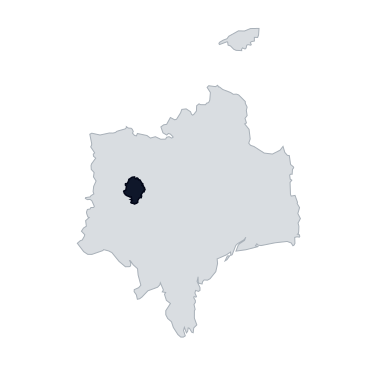 Aube highlighted on a map of France, rotated 247°
{"feature_id": "FRA-5270", "entity_name": "Aube", "entity_type": "Metropolitan department", "adm_level": 1, "iso_a3": "FRA", "parent_name": "France", "parent_adm1": "", "projection": "albers", "projection_center": [4.051, 48.317], "detail": "fine", "context": "in_parent", "style": "filled", "palette": "ink", "viewbox_px": 384, "rotation_deg": 247, "n_neighbors": 0, "source": "natural_earth", "source_scale": "10m", "svg_char_len": 5939}
<svg xmlns="http://www.w3.org/2000/svg" viewBox="0 0 384 384"><g transform="rotate(247 192 192)"><path d="M277.8,157.1L275.7,158.4L274.5,160.8L273.2,161.5L270.7,161.6L269.4,160.2L266.5,161.2L265.4,162.8L267.2,164.6L261.6,172.6L257.9,174.8L257.2,179.9L252.8,183.8L251.2,187.8L251.1,188.6L252.3,189.9L251.9,192.5L249.6,194.3L249.7,195.9L250.3,196.1L253.8,194.7L255.1,193.1L254.3,191.0L257.8,188.4L264.1,188.8L264.9,192.2L264.2,195.1L269.0,201.2L265.2,204.3L265.0,206.2L269.3,212.4L272.0,214.9L270.8,219.1L266.5,222.0L263.7,221.9L262.5,222.6L262.7,223.9L264.8,227.7L269.6,230.0L270.4,232.9L269.1,233.9L267.1,238.4L268.1,240.5L267.8,241.5L268.3,242.9L269.7,244.3L276.4,247.8L282.4,246.8L283.3,248.9L279.8,254.8L280.2,257.3L278.3,257.5L278.0,258.3L274.3,260.4L268.5,266.4L265.8,268.2L264.7,271.2L263.1,272.9L254.5,276.4L252.8,275.7L248.6,275.9L245.9,273.9L240.8,272.6L239.1,269.6L234.3,269.1L234.1,267.1L227.4,269.0L218.1,266.3L214.8,263.3L212.1,264.1L209.7,266.8L199.6,273.7L195.5,280.9L196.1,289.4L198.4,293.6L192.2,292.9L188.5,294.1L187.5,295.8L178.8,293.5L175.5,295.2L174.6,295.1L173.5,293.3L169.2,291.1L169.9,289.8L169.4,288.5L165.4,287.4L163.9,288.5L162.5,286.0L151.3,281.7L149.5,281.7L148.6,285.5L141.3,285.1L140.3,284.3L135.6,284.9L130.8,281.0L125.2,281.4L122.0,277.5L118.7,277.0L114.2,274.9L112.2,273.7L112.0,272.6L110.5,274.2L108.8,273.7L108.5,273.2L109.7,271.2L110.1,268.8L104.5,266.7L103.1,264.9L103.1,263.9L106.3,263.4L109.3,260.3L112.8,248.6L115.7,234.6L117.2,232.1L119.0,231.4L117.7,229.4L115.9,231.8L117.8,219.0L120.4,209.4L124.9,213.7L125.8,215.5L126.9,221.4L129.4,223.9L127.8,221.5L126.6,213.7L125.7,211.4L118.6,204.5L118.5,203.0L121.7,204.0L120.7,199.1L120.6,189.0L116.2,187.6L109.4,182.8L105.1,174.7L104.8,171.8L106.3,168.8L105.4,166.8L103.4,165.3L105.2,162.8L106.7,162.6L111.6,164.5L107.7,161.7L100.9,162.0L98.3,160.9L98.0,159.1L100.0,156.9L97.9,155.2L94.1,155.3L93.7,154.6L94.9,153.0L94.0,152.3L90.9,152.7L89.1,152.0L87.7,149.9L82.7,149.0L81.7,147.8L75.0,144.9L67.8,144.5L66.2,140.5L62.0,138.1L63.0,137.0L67.5,136.4L68.4,135.4L65.4,133.5L64.5,131.8L70.4,132.1L67.9,130.1L62.2,129.6L61.8,127.3L62.8,125.0L66.3,123.3L74.6,121.9L80.6,122.4L85.0,120.2L89.2,119.9L93.0,121.5L97.8,128.6L102.3,126.1L108.6,126.7L109.8,128.5L111.7,125.6L113.0,127.4L120.8,127.4L119.1,126.1L117.8,123.2L118.3,112.8L114.9,105.0L114.2,102.1L114.6,99.8L119.1,100.6L122.9,99.8L124.7,100.7L124.8,105.6L126.2,108.5L136.7,110.0L142.7,111.9L148.0,109.4L152.8,108.4L153.2,107.8L150.5,107.9L148.0,106.6L147.7,105.3L149.2,101.5L156.7,97.7L167.5,94.6L170.3,92.3L173.5,88.1L172.9,87.0L173.7,75.4L175.4,71.6L179.4,69.0L189.6,66.4L190.8,70.1L190.7,72.2L193.3,75.6L194.6,76.6L199.1,74.9L201.2,78.0L201.8,81.4L207.2,82.9L208.7,87.4L209.7,86.4L213.1,86.6L214.7,87.0L216.8,88.9L216.2,91.6L217.2,92.9L216.2,95.4L216.9,96.5L223.1,96.4L225.0,95.3L225.8,92.8L227.7,91.3L228.4,91.8L227.3,96.4L228.1,97.6L228.6,100.9L231.0,101.1L235.6,103.7L239.6,108.0L244.4,107.2L248.2,109.5L252.1,108.1L255.8,109.4L257.2,110.6L260.8,116.6L263.4,115.3L265.4,115.9L266.0,117.7L273.1,116.4L274.5,118.0L275.9,118.6L285.1,120.5L285.3,122.7L280.4,129.6L278.6,139.0L277.1,142.3L276.7,144.8L277.2,146.4L277.0,148.9L276.2,155.0L276.9,156.8L277.8,157.1ZM319.6,280.2L319.4,284.1L321.0,286.7L322.2,297.7L319.7,303.2L319.6,309.7L316.4,317.6L310.5,314.6L308.6,312.8L310.0,309.8L306.6,308.4L307.2,305.5L306.8,304.1L304.4,304.1L304.2,303.4L305.8,301.1L305.7,299.7L303.4,298.1L302.9,296.7L304.9,294.8L303.9,293.3L302.7,293.0L305.2,287.9L307.1,286.2L311.4,284.5L313.1,282.6L316.1,283.4L316.6,282.9L317.0,274.9L318.0,274.7L319.0,275.7L319.6,280.2ZM119.3,199.6L118.5,201.8L116.0,197.7L115.7,195.5L119.3,199.6Z" fill="#d9dde1" stroke="#a8b0b8" stroke-width="1"/><path d="M217.3,129.2L219.2,129.4L219.4,129.4L219.5,129.6L219.6,129.9L219.6,130.1L219.6,130.7L219.5,131.5L219.6,131.8L223.0,134.0L223.2,133.9L223.9,133.5L224.3,133.4L225.5,133.9L225.6,134.2L225.5,134.6L225.4,134.9L225.0,135.5L225.1,136.0L225.7,136.4L226.4,137.3L227.0,137.8L227.4,138.4L227.5,138.5L228.2,138.8L228.3,138.8L228.3,139.1L228.2,139.3L228.2,139.6L228.3,139.9L228.5,140.0L229.0,142.6L229.0,142.8L228.9,143.0L228.7,143.3L228.6,144.0L228.5,144.5L228.4,144.9L228.1,145.1L227.2,144.8L226.9,144.8L226.6,144.9L226.3,145.1L226.1,145.8L226.5,146.7L226.1,147.2L225.6,147.5L225.4,147.6L225.2,147.6L224.6,147.4L224.4,147.5L224.1,147.6L223.8,147.9L223.7,148.1L223.7,148.3L223.7,148.5L223.4,148.8L219.6,149.3L218.9,149.9L218.7,149.9L218.4,149.6L218.1,149.2L217.8,148.7L217.7,148.6L217.6,148.8L217.6,149.1L217.6,149.3L217.4,149.5L217.3,149.4L217.1,149.2L216.7,149.1L216.4,149.3L216.3,149.6L216.1,149.6L215.9,149.6L215.6,149.6L215.2,149.5L214.9,149.5L214.7,149.8L214.4,149.9L214.2,149.9L214.0,149.7L213.8,149.7L213.7,149.7L213.0,149.7L212.6,149.7L212.4,149.6L212.2,149.2L212.2,148.5L212.2,148.3L212.1,148.2L211.9,148.2L211.6,148.3L211.4,148.3L211.0,148.1L210.9,148.0L210.9,147.9L211.0,147.8L211.3,147.7L211.3,147.3L210.1,145.1L209.8,144.7L209.5,144.5L209.5,144.3L209.4,144.1L209.3,143.9L209.2,143.7L208.9,143.6L208.7,143.8L208.6,144.0L208.3,144.1L208.0,144.1L207.7,143.9L207.2,143.4L206.6,143.1L206.6,142.9L207.0,142.5L207.1,142.3L207.1,142.2L207.0,141.6L207.0,141.3L207.0,141.1L206.9,140.8L206.7,140.5L205.6,139.0L205.3,138.7L205.0,138.5L204.5,138.2L204.2,138.1L203.9,138.2L203.7,137.8L203.7,137.6L203.7,137.3L203.4,137.0L203.3,136.8L203.3,136.5L203.5,136.1L203.5,135.9L203.3,135.5L203.3,135.4L203.4,135.2L203.8,134.9L203.8,134.7L203.6,134.4L203.5,134.2L203.9,133.9L204.1,133.9L204.4,133.8L204.5,133.7L204.7,133.4L204.8,132.9L205.1,132.4L205.9,131.7L206.4,131.7L206.9,132.7L207.4,132.7L207.5,133.4L207.6,133.7L207.9,133.5L208.3,133.3L208.6,133.3L208.8,133.2L209.0,132.9L209.0,133.0L209.4,133.6L209.5,133.7L210.2,133.9L211.0,134.0L211.3,134.1L211.4,133.4L211.5,133.1L211.6,132.9L212.0,132.7L214.1,130.6L214.3,130.5L214.5,130.5L214.9,130.4L215.3,129.7L215.6,129.6L215.9,129.7L217.3,129.2Z" fill="#0f172a" stroke="#020617" stroke-width="1.5"/></g></svg>